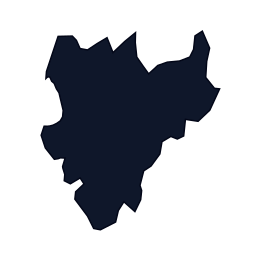 an SVG outline of Amatas, rotated 96°
{"feature_id": "LVA-5781", "entity_name": "Amatas", "entity_type": "Municipality", "adm_level": 1, "iso_a3": "LVA", "parent_name": "Latvia", "parent_adm1": "", "projection": "equal_earth", "projection_center": [25.336, 57.115], "detail": "fine", "context": "isolated", "style": "filled", "palette": "ink", "viewbox_px": 256, "rotation_deg": 96, "n_neighbors": 0, "source": "natural_earth", "source_scale": "10m", "svg_char_len": 1077}
<svg xmlns="http://www.w3.org/2000/svg" viewBox="0 0 256 256"><g transform="rotate(96 128 128)"><path d="M187.0,185.9L180.8,186.0L174.7,188.6L173.1,189.0L164.5,187.4L164.7,192.1L165.8,194.2L166.8,198.0L156.5,208.1L144.3,213.6L135.0,211.6L134.7,208.4L134.2,206.0L133.0,202.8L130.8,199.3L128.0,196.1L123.7,194.2L117.3,194.3L100.2,200.3L96.5,203.3L91.3,206.1L89.4,208.8L85.6,211.0L85.4,212.5L86.0,213.7L87.3,214.8L80.3,215.0L44.2,207.1L42.4,193.0L46.2,188.5L54.0,184.0L54.6,176.4L47.2,167.4L40.4,158.3L54.6,150.8L42.3,140.3L32.4,130.5L42.3,129.7L56.5,126.7L65.2,119.2L72.0,113.1L62.7,104.9L58.4,95.8L56.0,83.8L51.0,74.0L43.0,71.0L29.4,71.0L23.9,64.2L40.0,55.2L53.5,56.7L69.6,56.0L79.5,46.2L79.5,41.0L101.7,48.5L114.0,59.0L113.4,71.8L130.1,71.8L133.8,77.8L131.9,84.5L138.1,92.8L150.5,93.6L163.4,101.1L169.0,107.9L183.8,110.1L188.8,107.9L198.0,107.9L210.4,112.4L201.8,124.4L211.1,129.0L222.8,130.5L232.1,144.8L231.5,151.6L219.8,159.1L204.3,173.4L196.9,173.4L188.2,165.9L182.7,170.4L189.5,179.5L187.1,185.9L187.0,185.9Z" fill="#0f172a" stroke="#020617" stroke-width="1.5"/></g></svg>